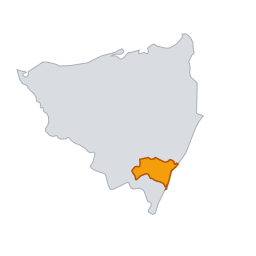 León on a map of Nicaragua (orthographic projection), rotated 252°
{"feature_id": "NIC-658", "entity_name": "León", "entity_type": "Department", "adm_level": 1, "iso_a3": "NIC", "parent_name": "Nicaragua", "parent_adm1": "", "projection": "orthographic", "projection_center": [-86.624, 12.561], "detail": "fine", "context": "in_parent", "style": "filled", "palette": "amber", "viewbox_px": 256, "rotation_deg": 252, "n_neighbors": 0, "source": "natural_earth", "source_scale": "10m", "svg_char_len": 3606}
<svg xmlns="http://www.w3.org/2000/svg" viewBox="0 0 256 256"><g transform="rotate(252 128 128)"><path d="M217.8,40.5L216.8,42.0L215.6,43.0L213.1,48.0L212.2,48.4L212.0,44.8L210.5,44.3L208.7,45.6L207.8,47.5L209.4,49.9L210.7,49.9L212.4,50.6L217.0,67.3L216.1,70.4L213.5,75.1L210.9,79.1L208.3,81.6L205.2,92.2L202.5,109.5L204.8,125.0L203.9,139.3L204.8,142.6L205.2,146.8L203.0,147.6L201.8,147.5L200.5,144.9L200.6,142.7L201.9,140.0L202.4,136.4L201.7,134.5L200.5,138.6L198.3,140.5L196.8,141.1L195.4,143.2L196.9,147.2L198.9,150.0L199.6,152.0L198.9,154.5L198.6,162.9L197.9,162.6L197.1,161.5L195.0,161.5L194.8,164.8L195.0,166.7L193.3,168.2L192.6,169.7L194.1,170.7L195.7,171.3L197.7,171.1L199.3,175.2L199.9,178.6L196.1,181.7L194.9,184.3L192.8,187.5L191.6,190.5L191.3,192.8L192.8,199.7L195.4,204.6L197.7,207.8L200.6,208.4L199.9,211.7L197.8,213.8L193.8,215.6L189.4,216.0L182.3,214.4L179.4,214.3L178.2,213.4L177.9,211.8L175.8,209.3L172.0,206.1L169.9,206.4L166.3,205.7L160.5,203.5L157.8,203.3L153.9,205.2L149.4,207.7L138.5,203.9L130.8,201.2L123.9,198.8L122.1,197.8L120.6,198.0L119.3,199.3L117.8,201.6L117.3,202.3L116.5,202.9L115.6,203.1L115.6,202.0L112.2,197.5L106.9,192.0L86.4,175.3L78.8,165.3L74.8,158.1L71.0,154.3L60.0,146.6L57.4,143.6L46.6,133.3L38.3,127.3L38.2,124.7L41.6,121.5L43.3,121.7L45.1,124.0L48.0,126.6L49.4,126.6L51.5,125.4L51.5,124.2L62.7,123.7L64.7,123.0L66.7,121.2L67.7,118.5L67.9,116.0L68.3,114.2L70.1,112.4L73.4,111.9L75.9,111.7L76.6,110.5L75.9,106.6L74.5,97.2L74.3,94.6L74.7,92.7L75.7,92.0L80.7,91.5L90.0,92.3L91.8,91.7L95.5,86.4L99.0,82.4L101.5,80.7L103.4,80.1L105.7,83.6L113.6,88.6L114.9,88.3L115.7,88.0L115.9,87.3L115.8,85.0L117.7,82.9L121.8,81.0L125.9,77.7L130.0,72.9L133.5,70.1L136.6,69.3L137.7,67.9L137.0,66.2L137.2,63.7L138.4,60.5L140.1,58.6L142.4,58.1L143.3,57.0L142.8,55.5L143.3,53.8L145.3,51.1L150.3,48.7L153.1,49.5L155.5,52.6L158.9,54.7L163.2,55.8L166.5,55.4L168.9,53.4L171.0,52.8L172.9,53.5L173.9,53.1L174.0,51.4L175.0,51.0L176.9,51.9L178.5,52.1L180.0,51.7L180.5,50.9L180.8,50.0L181.9,49.4L185.6,50.0L189.8,49.0L194.4,46.4L197.4,45.2L198.9,45.5L200.7,44.2L202.8,41.3L207.6,40.0L217.8,40.5Z" fill="#d9dde1" stroke="#a8b0b8" stroke-width="1"/><path d="M78.2,164.5L77.5,163.5L75.9,160.9L74.5,157.0L74.1,156.4L73.1,155.5L64.9,150.5L64.4,149.8L62.1,148.5L60.9,147.2L58.1,145.9L58.0,145.0L58.5,145.6L59.3,146.1L60.2,146.5L61.1,146.7L60.1,145.7L61.0,145.1L63.0,144.9L63.7,144.6L64.4,144.2L64.8,144.0L66.9,141.8L67.7,140.5L68.0,139.7L68.1,139.4L68.9,138.7L69.9,137.5L70.9,136.5L71.7,136.1L72.5,135.2L73.0,134.1L73.3,133.8L73.8,133.6L76.7,133.2L77.2,133.1L77.6,132.9L78.3,132.5L78.8,131.3L78.9,130.0L78.5,125.1L78.0,123.9L77.5,123.0L76.6,121.1L76.2,119.7L76.9,119.4L77.3,119.4L77.8,119.4L78.5,119.6L79.3,120.0L79.7,119.9L80.6,119.7L83.2,118.9L85.4,118.4L85.9,118.5L86.2,118.7L87.0,119.4L88.0,121.2L88.4,121.7L88.6,122.1L88.9,123.1L88.8,124.4L87.9,126.0L87.9,126.4L87.9,126.8L88.3,127.5L89.6,128.2L94.6,129.6L94.4,130.6L94.0,134.7L93.6,138.3L92.0,139.3L91.4,139.9L91.1,140.3L91.0,140.6L90.9,140.8L90.9,141.3L90.9,141.5L90.9,141.8L90.8,142.1L90.6,142.8L90.5,143.0L90.6,143.3L91.1,143.9L91.1,144.0L91.3,144.2L91.4,144.4L91.4,144.6L91.5,144.9L91.4,145.0L87.3,149.1L84.7,151.8L84.1,152.6L84.0,153.3L84.0,156.2L84.1,156.4L84.2,156.7L84.4,156.8L84.6,156.9L84.8,157.3L84.9,158.0L84.4,159.1L83.6,160.0L82.1,161.2L81.8,161.3L81.7,161.3L81.2,161.2L80.6,161.0L80.4,161.0L80.2,161.0L79.6,161.2L79.3,161.3L79.1,161.4L79.0,161.5L78.9,161.6L79.0,161.9L79.0,162.1L79.3,162.6L79.5,162.9L79.5,163.0L79.6,163.3L79.4,163.6L79.2,163.8L78.2,164.5L78.2,164.5Z" fill="#f59e0b" stroke="#b45309" stroke-width="1.5"/></g></svg>